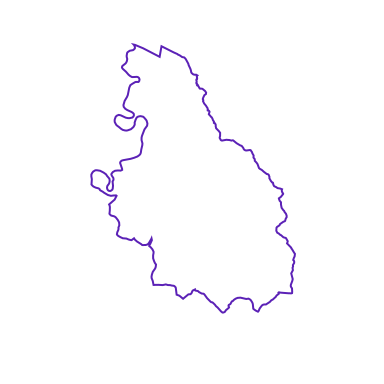 Brateiu, Sibiu, Romania (Albers equal-area conic projection), rotated 312°
{"feature_id": "2599482B71061319196345", "entity_name": "Brateiu", "entity_type": "district", "adm_level": 2, "iso_a3": "ROU", "parent_name": "Romania", "parent_adm1": "Sibiu", "projection": "albers", "projection_center": [24.424, 46.155], "detail": "fine", "context": "isolated", "style": "outline", "palette": "violet", "viewbox_px": 384, "rotation_deg": 312, "n_neighbors": 0, "source": "geoboundaries", "source_scale": "gbopen_adm2", "svg_char_len": 6072}
<svg xmlns="http://www.w3.org/2000/svg" viewBox="0 0 384 384"><g transform="rotate(312 192 192)"><path d="M212.7,311.4L214.9,309.9L215.2,308.6L216.4,304.7L216.6,303.5L217.0,303.0L217.4,297.0L219.2,296.3L219.6,295.8L220.6,292.7L220.5,292.2L220.2,291.7L219.5,290.2L219.5,287.0L219.2,286.4L219.2,284.2L218.8,282.6L219.6,280.6L222.0,278.7L223.0,278.6L225.8,279.3L227.0,278.9L227.6,279.0L231.0,279.8L232.4,280.5L232.9,280.5L234.9,279.5L236.6,279.2L237.7,278.2L238.7,276.4L239.1,274.1L239.6,273.1L239.6,272.0L240.2,269.2L242.3,266.4L243.7,265.2L244.0,264.6L244.1,263.1L245.2,261.0L245.4,260.8L247.7,261.3L251.4,261.1L251.7,260.9L251.8,260.1L252.2,259.7L252.3,258.9L253.0,257.9L253.6,257.4L254.3,257.1L253.6,255.3L252.1,252.9L252.0,251.5L251.3,249.2L251.9,247.5L253.0,246.1L253.0,245.6L252.7,245.2L253.0,243.2L254.0,240.3L255.1,239.4L256.1,237.4L256.1,236.9L255.8,236.1L255.4,235.5L255.1,231.9L255.1,229.1L254.6,226.8L254.6,225.8L256.6,222.0L257.0,220.2L257.2,217.8L258.4,216.6L258.7,214.7L260.4,213.3L261.1,211.0L261.7,210.1L262.3,207.6L262.0,207.0L259.4,204.8L258.7,203.9L258.5,203.2L258.4,202.5L258.6,201.5L259.1,200.5L259.5,198.0L258.9,196.6L258.1,192.5L257.9,188.1L257.5,187.5L256.6,186.9L255.7,185.1L253.8,182.6L250.3,179.9L250.0,179.3L249.9,178.6L250.7,176.4L251.2,176.0L252.4,175.4L254.8,173.3L255.2,171.4L255.5,167.3L256.8,165.5L257.7,164.8L258.2,163.8L258.4,162.9L258.0,162.4L258.0,162.0L259.0,161.2L259.4,159.5L260.2,158.1L260.7,156.6L260.6,155.5L260.9,154.5L260.9,153.4L261.1,152.4L263.3,151.4L263.6,150.7L263.7,150.2L263.1,149.1L263.3,148.8L263.8,148.8L264.9,147.0L265.0,146.2L265.5,144.6L265.9,141.8L266.9,139.4L267.8,139.0L268.3,137.8L269.9,137.1L272.3,136.4L274.1,136.8L275.3,136.0L275.8,134.2L275.7,131.3L275.6,130.6L274.8,129.4L274.2,128.9L274.1,128.4L275.0,125.7L274.8,124.9L275.1,124.8L274.9,124.5L275.2,124.4L275.2,124.1L275.6,123.6L275.5,123.2L275.8,123.0L275.9,122.2L276.9,121.9L278.2,120.2L278.9,120.3L279.1,119.9L280.0,119.7L281.0,118.3L281.5,118.2L281.7,117.8L282.2,117.9L281.9,116.5L281.2,115.9L280.5,114.8L280.2,113.9L280.2,112.2L280.4,111.4L281.7,109.7L282.5,108.3L284.0,104.7L284.9,103.3L286.6,98.4L286.8,96.6L286.8,96.2L285.7,94.4L285.3,91.3L284.7,89.6L284.8,89.0L283.5,85.0L279.9,71.8L270.8,77.5L266.1,59.5L263.2,51.2L262.5,50.0L262.4,50.9L261.5,52.6L260.4,53.5L258.5,53.4L257.9,53.2L255.3,51.2L252.8,50.6L251.8,50.8L249.5,52.3L248.7,53.1L247.5,54.9L245.5,56.1L244.1,56.5L243.1,56.6L239.4,56.0L238.7,56.0L237.7,56.6L237.4,57.2L237.2,58.2L237.2,62.4L236.7,66.4L236.8,68.4L237.2,70.3L237.6,70.9L240.7,74.0L241.2,75.0L241.3,76.1L240.8,77.3L240.5,77.7L239.2,78.5L238.0,78.6L236.2,76.6L235.5,76.2L232.3,75.2L230.1,74.7L227.5,75.6L221.1,79.4L219.1,80.1L214.6,81.0L210.7,82.9L209.6,84.3L209.2,86.7L209.6,89.1L211.0,93.5L211.2,94.7L211.2,96.0L211.0,96.6L210.1,97.5L209.1,97.9L207.5,97.9L205.1,96.2L204.0,94.9L202.9,93.0L201.3,87.7L200.3,86.0L200.0,85.8L198.2,85.0L196.7,85.0L194.1,86.1L193.1,86.9L192.3,87.8L191.8,89.1L191.2,90.8L191.2,92.3L191.4,94.0L191.5,96.9L191.8,98.9L192.9,101.0L193.8,102.2L194.7,102.9L197.8,104.6L201.0,105.0L203.0,104.6L204.2,104.0L205.1,103.0L208.0,101.7L210.3,101.1L211.5,101.3L213.0,102.2L214.0,103.1L215.2,105.2L215.3,106.4L214.9,109.5L214.6,110.6L213.1,113.0L211.2,114.3L206.7,114.8L200.2,117.3L198.6,118.2L196.8,119.8L195.0,122.6L193.6,123.7L189.6,125.9L186.9,127.7L185.5,128.2L184.2,128.2L181.9,127.7L178.7,126.1L175.6,124.2L169.5,119.5L168.1,118.7L166.7,118.6L165.5,119.1L162.4,124.6L161.7,125.3L160.2,124.7L158.4,122.5L156.3,120.6L153.8,119.8L151.7,120.0L151.2,120.2L150.9,120.7L150.5,121.4L149.8,124.1L149.0,125.1L148.0,125.7L146.7,125.9L143.8,129.1L141.5,130.8L140.5,131.2L139.0,131.0L137.9,130.5L137.2,129.3L137.1,128.6L137.3,127.5L138.1,126.2L138.8,125.6L140.0,125.0L142.4,124.8L143.8,124.3L145.4,123.2L146.6,121.7L147.1,118.1L147.6,116.3L147.3,113.4L146.3,109.5L144.5,106.7L143.4,105.6L141.1,104.9L139.6,105.0L137.7,105.5L136.3,106.7L134.5,109.0L130.3,112.3L130.1,113.7L130.1,115.1L130.8,117.5L132.2,120.2L132.3,121.4L131.9,122.2L131.9,122.9L132.5,125.5L132.6,127.0L133.5,131.5L134.9,134.3L137.1,136.2L138.7,137.9L138.7,138.5L134.6,139.6L127.3,138.7L126.7,140.0L125.8,141.1L123.0,143.5L120.6,145.2L120.4,145.9L120.4,147.7L121.8,150.3L122.1,151.6L122.1,152.6L121.5,155.8L120.6,158.2L118.6,160.3L116.4,161.1L115.5,162.0L114.6,162.6L112.1,163.4L110.3,164.5L110.1,164.9L110.0,166.6L110.6,169.2L111.3,171.5L113.5,174.4L114.3,176.7L115.4,178.8L115.8,179.3L118.8,179.9L118.4,181.3L118.4,183.0L118.4,184.2L119.3,189.4L119.2,190.1L119.4,190.7L121.7,193.1L123.4,194.1L125.3,194.1L130.1,193.1L130.4,193.0L129.4,194.4L125.5,195.7L124.1,195.9L123.2,196.4L123.3,198.3L122.9,201.0L121.9,203.4L121.0,204.2L118.9,205.5L116.7,207.5L115.5,209.6L114.5,211.7L114.0,213.8L112.0,215.2L110.5,215.8L106.4,216.3L103.9,217.4L102.1,218.5L101.0,219.6L99.6,222.4L97.2,225.6L100.4,229.0L103.2,232.5L105.8,234.4L106.7,236.3L108.2,238.1L108.9,239.5L110.1,241.2L110.3,242.0L110.2,243.5L109.9,244.1L105.4,249.3L106.5,252.0L106.7,256.8L113.5,257.8L115.1,259.3L116.6,259.3L118.5,258.6L119.3,258.5L121.5,259.4L121.0,259.9L121.0,260.4L122.3,262.6L122.4,263.2L122.3,264.1L122.9,266.6L123.0,267.1L124.1,268.6L124.2,269.0L124.1,270.1L123.2,274.3L122.9,279.1L123.0,280.1L123.5,280.7L123.7,281.5L123.6,284.4L123.2,286.3L123.3,288.3L122.7,293.5L122.8,295.3L123.6,296.1L124.9,296.6L126.9,296.3L130.3,296.8L131.1,296.7L131.8,295.3L132.7,294.9L134.4,295.5L137.3,294.8L138.4,295.3L139.9,295.3L141.9,295.8L143.8,296.7L145.9,298.7L148.8,303.9L150.6,305.4L151.0,307.4L150.9,308.3L150.2,310.8L149.4,312.2L146.3,315.6L146.2,315.9L146.5,318.6L147.2,321.1L148.2,321.1L150.8,320.2L154.5,319.9L155.9,320.3L156.7,320.9L157.9,322.2L162.4,323.4L164.6,323.4L166.2,324.0L170.3,324.4L171.5,324.1L174.4,324.6L174.6,324.4L175.0,323.6L175.4,323.6L175.7,323.8L176.5,325.2L181.1,331.2L183.2,333.7L183.8,334.0L184.8,333.3L187.3,330.8L187.6,329.5L188.2,328.3L189.3,327.5L193.1,326.0L194.7,325.1L197.9,320.2L201.4,319.3L203.0,317.4L204.2,317.0L205.2,315.9L207.6,315.4L208.5,314.7L209.1,313.8L209.2,312.7L211.2,311.8L212.7,311.4Z" fill="none" stroke="#5b21b6" stroke-width="2"/></g></svg>